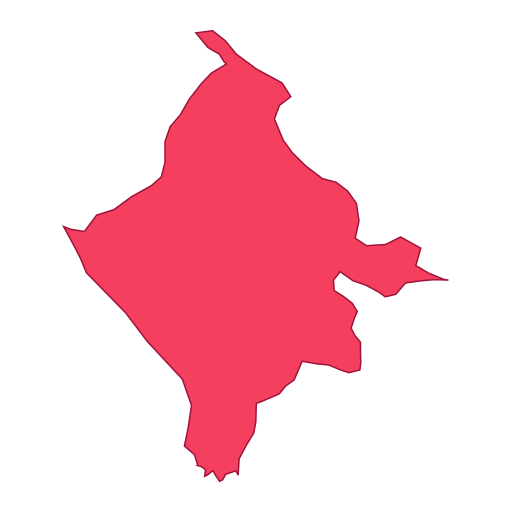 outline of Xylotymvou, Cyprus
{"feature_id": "46923920B99572561458404", "entity_name": "Xylotymvou", "entity_type": "district", "adm_level": 2, "iso_a3": "CYP", "parent_name": "Cyprus", "parent_adm1": "", "projection": "robinson", "projection_center": [33.75, 35.02], "detail": "fine", "context": "isolated", "style": "filled", "palette": "rose", "viewbox_px": 512, "rotation_deg": 0, "n_neighbors": 0, "source": "geoboundaries", "source_scale": "gbopen_adm2", "svg_char_len": 1465}
<svg xmlns="http://www.w3.org/2000/svg" viewBox="0 0 512 512"><path d="M212.6,30.7L195.9,32.9L207.8,47.4L213.0,50.5L219.4,54.2L223.8,61.4L226.4,64.0L211.3,73.1L201.3,83.7L189.4,99.0L180.2,115.0L170.2,126.6L165.0,141.6L165.0,162.3L161.3,176.9L151.4,185.6L131.8,196.5L114.0,209.6L96.6,215.1L84.4,231.5L70.8,229.3L63.6,226.6L72.8,243.5L80.6,258.6L86.4,272.7L125.7,312.9L147.1,341.2L182.3,379.1L191.5,405.3L188.2,427.7L184.4,446.0L194.5,454.7L197.7,464.9L197.1,465.3L201.6,466.8L205.5,469.7L204.6,476.3L207.9,474.7L212.5,470.9L213.2,470.9L215.1,474.6L219.5,481.3L222.7,479.8L225.7,474.3L235.7,470.9L238.1,474.6L238.2,474.4L239.1,458.8L246.1,445.6L253.8,432.9L255.8,422.1L256.3,403.5L265.3,399.9L279.2,393.9L285.8,385.9L294.2,379.8L296.6,374.2L302.1,361.3L316.6,363.8L328.6,365.0L340.2,369.8L348.9,372.7L359.9,369.9L360.8,362.3L360.5,353.0L360.5,342.2L355.1,335.8L351.1,328.1L354.3,318.4L357.3,311.4L352.2,303.2L343.5,296.5L334.2,290.6L333.5,280.1L340.1,271.6L352.8,280.6L366.1,285.3L379.1,292.3L385.2,296.8L395.8,294.3L402.0,287.0L405.4,283.1L408.6,282.5L413.4,281.9L418.4,281.1L424.6,280.5L432.6,279.8L440.9,279.8L448.4,280.1L443.5,279.3L428.4,273.0L415.8,265.6L420.8,248.2L400.6,237.0L385.5,244.5L366.5,245.7L355.2,238.2L359.0,220.8L356.4,203.4L347.6,191.0L336.2,182.3L322.4,178.6L306.0,166.2L292.1,152.5L283.2,140.1L274.4,118.9L279.5,105.3L290.8,96.6L282.0,82.9L256.7,69.2L236.5,54.3L225.2,40.7L212.6,30.7Z" fill="#f43f5e" stroke="#9f1239" stroke-width="1.5"/></svg>